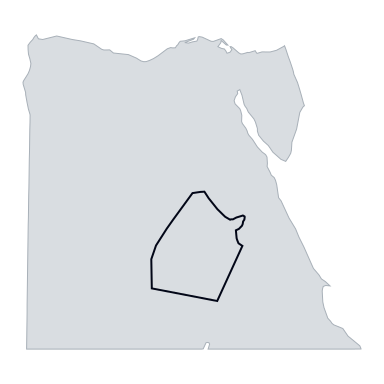 location of Al-Kharga Oasis, Al Wadi at Jadid, Egypt
{"feature_id": "37247803B20145410144228", "entity_name": "Al-Kharga Oasis", "entity_type": "district", "adm_level": 2, "iso_a3": "EGY", "parent_name": "Egypt", "parent_adm1": "Al Wadi at Jadid", "projection": "robinson", "projection_center": [32.312, 25.153], "detail": "fine", "context": "in_parent", "style": "outline", "palette": "ink", "viewbox_px": 384, "rotation_deg": 0, "n_neighbors": 0, "source": "geoboundaries", "source_scale": "gbopen_adm2", "svg_char_len": 3608}
<svg xmlns="http://www.w3.org/2000/svg" viewBox="0 0 384 384"><path d="M361.0,349.0L351.7,349.1L342.5,349.1L333.3,349.1L324.1,349.1L314.8,349.1L305.6,349.1L296.4,349.1L287.2,349.1L277.9,349.1L268.7,349.1L259.5,349.1L250.3,349.1L241.0,349.1L231.8,349.1L222.6,349.1L213.4,349.1L208.1,349.1L209.0,346.2L209.6,344.1L208.9,342.7L207.1,342.4L206.0,342.8L203.2,348.9L201.8,349.1L198.5,349.1L187.7,349.1L177.0,349.1L166.3,349.1L155.5,349.1L144.8,349.1L134.0,349.1L123.3,349.1L112.6,349.1L101.8,349.1L91.1,349.1L80.3,349.1L69.6,349.1L58.9,349.1L48.1,349.1L37.4,349.1L26.6,349.1L26.7,341.8L26.8,334.5L26.9,327.2L27.0,319.9L27.1,312.6L27.1,305.3L27.2,297.9L27.3,290.6L27.4,283.3L27.5,276.0L27.6,268.7L27.7,261.4L27.8,254.1L27.9,246.8L28.0,239.5L28.1,232.2L28.2,224.9L28.4,217.6L28.5,210.3L28.6,203.0L28.7,195.7L28.9,188.4L29.0,181.1L29.1,173.8L29.2,166.5L29.3,159.2L29.5,151.9L29.6,144.6L29.7,137.2L29.8,129.9L30.0,122.6L30.1,115.3L29.9,114.0L28.4,109.0L27.1,102.7L25.7,94.9L25.6,92.4L23.2,84.4L23.0,82.2L23.7,80.6L28.0,73.8L29.4,70.6L30.5,66.7L30.9,63.5L29.8,58.6L28.5,54.2L28.1,49.7L28.0,45.3L30.2,42.3L32.8,39.5L33.8,37.7L35.3,35.8L36.4,34.9L38.4,38.8L42.7,39.5L56.7,36.0L72.2,39.5L80.7,40.9L93.8,43.9L101.7,49.3L103.9,50.0L109.7,49.9L113.4,53.0L128.4,54.6L136.4,58.1L140.9,60.9L143.7,61.7L146.1,61.6L149.4,60.5L153.5,58.6L158.0,55.8L167.3,48.8L170.6,47.6L172.8,47.9L175.4,47.8L176.5,45.9L177.9,44.6L178.7,43.1L180.2,41.3L185.0,40.8L194.7,37.8L193.6,39.2L184.8,42.6L188.5,43.1L192.4,41.9L196.8,41.1L197.6,39.7L198.2,37.0L199.1,36.6L202.1,37.1L211.2,41.3L213.4,41.4L219.8,39.1L221.2,38.6L223.2,39.9L227.9,45.1L226.3,45.0L221.2,40.5L220.8,42.7L217.9,46.7L221.5,48.4L224.4,49.0L226.0,51.2L227.0,53.2L229.9,52.3L231.9,49.7L230.9,48.2L230.1,46.6L231.1,46.6L233.1,47.9L238.8,52.9L240.8,54.0L243.0,53.8L247.7,52.4L249.0,52.6L255.2,50.7L256.0,52.1L257.0,53.4L262.0,51.9L270.0,52.0L276.5,50.3L283.9,46.3L284.5,45.7L284.9,46.7L285.9,49.4L288.2,56.4L290.2,61.8L292.7,69.3L293.5,72.2L293.8,74.2L297.5,82.5L299.6,89.3L301.2,94.8L303.4,102.9L304.4,105.7L302.8,107.2L299.8,112.4L296.6,129.1L291.9,142.2L291.4,150.3L290.7,153.3L288.4,157.4L285.7,161.4L280.9,159.3L272.9,152.2L268.3,145.5L263.4,141.1L258.7,135.3L257.4,131.1L257.4,128.5L255.4,122.0L253.9,118.9L248.2,111.9L246.6,108.2L245.3,106.6L244.1,104.3L242.0,95.3L239.8,89.6L237.2,91.1L237.7,93.6L235.4,96.9L234.1,100.7L235.1,103.9L239.8,108.7L240.7,110.8L241.8,115.3L241.6,121.5L242.4,123.6L245.8,128.2L247.1,130.9L247.8,133.3L249.0,135.4L252.5,139.4L257.4,147.0L262.2,152.1L265.6,154.6L267.0,157.1L267.4,163.5L267.1,166.5L270.1,172.3L271.3,175.2L274.2,177.6L275.5,180.3L276.7,184.7L278.6,197.7L281.1,200.9L289.0,218.0L295.6,228.9L298.9,237.0L303.8,246.8L313.4,268.4L319.1,275.1L321.4,278.9L325.5,281.7L330.0,285.9L325.8,285.5L324.7,285.8L323.2,286.5L322.5,289.0L322.2,291.1L322.8,302.0L324.0,307.6L327.8,318.2L330.6,321.3L332.0,323.4L333.9,324.9L342.8,328.5L348.0,336.1L359.8,345.8L360.9,348.4L361.0,349.0Z" fill="#d9dde1" stroke="#a8b0b8" stroke-width="1"/><path d="M151.8,288.4L217.2,301.0L242.4,245.9L242.1,245.7L238.5,243.3L237.4,240.6L237.3,240.4L237.3,240.2L237.2,240.0L236.7,238.6L236.7,238.4L236.6,238.0L236.2,233.8L236.2,233.7L235.9,230.3L238.9,228.9L242.0,225.7L242.7,224.0L243.1,221.5L244.3,219.7L244.4,219.4L244.7,217.0L244.7,216.9L244.6,216.7L244.5,216.4L242.9,215.5L239.4,216.6L236.4,217.5L233.0,219.3L230.9,219.3L230.1,219.7L225.2,216.8L222.8,214.5L217.4,209.2L208.7,198.3L205.6,193.5L204.4,191.7L204.2,191.7L200.6,191.9L197.1,192.4L192.5,193.1L173.1,219.7L166.8,228.6L156.0,245.5L151.3,259.2L151.8,288.4Z" fill="none" stroke="#020617" stroke-width="2"/></svg>